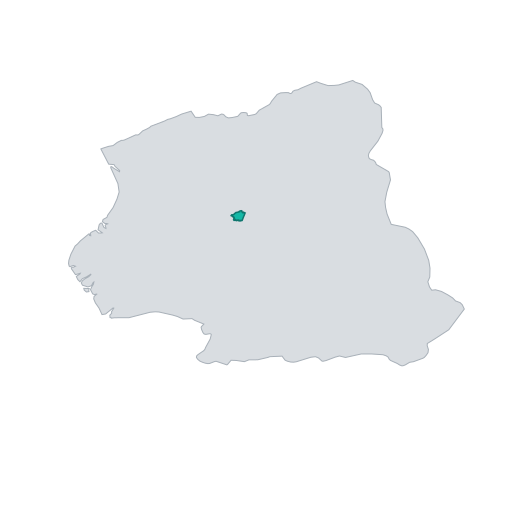 Gwagwalada, Federal Capital Territory, Nigeria (highlighted), rotated 66°
{"feature_id": "59680162B34682847069002", "entity_name": "Gwagwalada", "entity_type": "district", "adm_level": 2, "iso_a3": "NGA", "parent_name": "Nigeria", "parent_adm1": "Federal Capital Territory", "projection": "equal_earth", "projection_center": [7.039, 9.072], "detail": "fine", "context": "in_parent", "style": "filled", "palette": "teal", "viewbox_px": 512, "rotation_deg": 66, "n_neighbors": 0, "source": "geoboundaries", "source_scale": "gbopen_adm2", "svg_char_len": 5745}
<svg xmlns="http://www.w3.org/2000/svg" viewBox="0 0 512 512"><g transform="rotate(66 256 256)"><path d="M389.2,87.3L401.8,109.9L404.5,126.8L405.6,135.1L407.6,136.1L411.5,136.5L414.3,138.2L416.0,141.0L417.1,143.5L417.3,145.1L416.6,155.2L415.6,158.9L416.2,163.8L416.1,166.0L415.7,167.4L414.0,169.1L411.6,170.7L406.1,175.6L404.5,176.3L402.2,176.4L400.2,177.6L397.8,180.2L392.7,189.9L388.3,199.7L385.1,215.5L381.3,220.4L380.6,224.8L380.0,234.6L379.4,237.6L378.8,238.5L374.6,240.3L372.2,242.6L370.8,247.1L369.0,262.3L368.3,264.8L367.0,267.4L364.8,270.2L363.0,271.8L358.1,272.9L353.6,284.3L353.5,286.3L351.5,296.7L348.0,304.6L347.8,309.6L343.4,316.5L341.1,321.2L343.5,326.1L343.6,326.9L336.0,335.2L335.6,336.5L335.3,342.2L334.7,343.8L333.3,345.9L331.2,348.2L329.2,350.0L326.8,351.2L324.5,351.7L323.2,351.0L322.5,349.2L321.2,342.2L320.5,340.7L319.1,339.3L313.2,331.6L309.6,328.8L308.8,329.0L308.2,329.8L307.2,333.7L306.2,335.1L304.4,335.6L301.1,335.6L298.7,335.1L298.2,334.3L297.0,331.3L289.7,338.3L287.2,339.9L283.9,348.3L279.3,352.4L276.2,356.0L267.7,367.4L266.0,370.7L264.3,375.7L260.7,397.1L254.8,410.5L254.0,413.3L253.7,413.2L252.9,414.4L250.6,413.6L249.6,411.1L248.2,410.7L245.8,407.1L245.3,407.7L247.8,416.9L246.9,420.5L239.7,420.6L233.5,421.8L229.2,421.7L227.1,420.4L226.1,417.0L225.8,417.3L225.6,419.2L224.2,420.6L219.4,420.9L217.3,418.5L215.6,415.9L213.8,414.7L214.1,415.8L216.2,418.4L215.9,422.1L212.1,426.4L209.6,426.6L208.1,424.8L207.3,421.8L206.9,417.3L205.9,414.4L205.4,414.4L206.1,419.2L206.1,423.8L207.9,427.3L205.1,428.4L201.7,428.5L201.3,427.2L200.9,424.3L200.3,423.5L199.6,428.5L192.7,429.8L191.7,429.6L191.5,428.7L192.0,427.3L191.9,425.1L190.3,426.8L190.1,430.3L189.2,430.8L186.6,430.3L183.7,428.6L179.0,424.3L173.3,417.2L172.4,414.1L170.7,410.2L167.8,399.6L168.3,399.1L169.6,399.7L170.3,398.7L167.9,398.0L167.4,397.2L167.2,394.8L167.3,392.0L171.0,390.5L171.8,388.7L172.3,387.0L167.8,389.6L163.7,386.6L162.8,384.8L163.2,383.4L168.1,383.3L169.8,381.9L168.7,381.5L166.9,381.5L166.2,380.6L166.3,378.4L165.7,378.9L164.9,380.8L162.1,382.3L160.4,380.8L160.2,377.7L159.9,376.2L158.5,375.1L153.6,366.8L147.4,359.8L141.9,355.0L133.7,352.7L116.3,352.8L115.3,352.1L116.4,351.0L117.9,350.3L123.5,346.4L122.6,345.8L116.8,348.3L114.8,348.5L112.2,353.2L95.1,354.2L95.2,352.1L95.9,345.9L97.0,341.7L95.8,336.5L95.6,331.9L96.3,330.4L96.5,328.7L96.4,316.7L97.3,314.9L97.4,313.7L95.6,308.6L95.6,304.7L95.3,300.9L94.7,299.2L95.5,284.6L95.3,281.0L95.8,278.5L96.2,272.2L96.1,266.1L97.3,256.4L104.6,255.1L106.4,251.3L107.5,246.4L107.1,241.7L109.5,237.5L112.4,233.8L112.3,229.8L113.1,228.5L114.5,227.6L116.4,227.1L118.6,225.1L119.8,221.5L121.0,215.9L119.2,211.9L119.2,211.0L119.9,208.9L121.1,206.8L122.0,206.1L124.1,206.7L124.8,205.8L126.2,199.6L126.1,197.9L124.1,193.7L123.1,182.4L122.5,180.9L121.0,178.9L117.0,171.0L117.0,167.2L118.8,162.4L119.9,160.0L121.5,158.7L121.8,157.6L121.3,156.3L120.5,155.3L120.4,153.1L121.2,150.1L121.0,146.8L121.4,129.8L124.7,126.5L129.6,120.9L132.0,115.1L133.4,110.8L135.0,96.2L137.6,94.6L142.4,89.3L149.0,86.2L153.2,85.3L160.7,85.9L164.5,85.4L167.7,82.5L169.2,81.7L171.2,81.2L189.8,88.8L191.5,88.4L192.9,88.9L195.2,90.9L200.7,98.0L206.5,108.9L208.2,111.2L210.0,112.5L211.9,112.9L213.2,112.8L214.6,111.7L216.4,109.6L219.1,108.7L221.3,108.9L232.9,100.5L234.1,100.4L241.2,102.2L250.9,110.6L258.8,116.1L264.4,117.9L271.0,119.2L282.1,119.6L290.5,107.9L293.6,105.3L297.4,103.0L305.2,100.8L318.2,99.3L330.3,100.0L337.9,102.0L345.9,105.8L349.4,109.5L354.8,110.1L358.7,109.4L359.9,105.7L363.8,101.0L369.6,96.5L374.3,93.4L378.2,92.0L381.6,88.5L384.4,87.4L389.2,87.3ZM219.9,425.6L217.3,426.8L215.5,426.5L217.9,421.6L219.1,422.7L220.6,423.1L219.9,425.6Z" fill="#d9dde1" stroke="#a8b0b8" stroke-width="1"/><path d="M217.6,254.8L217.6,254.7L217.6,254.4L217.7,254.2L217.8,254.1L217.7,254.0L217.7,253.9L217.7,254.0L216.6,252.9L216.4,252.7L215.9,252.2L215.6,251.9L215.1,251.4L214.5,250.8L214.2,250.4L213.6,249.8L212.5,248.7L212.4,249.1L212.1,249.2L211.9,249.1L211.6,249.4L211.6,249.5L211.3,249.7L211.2,249.7L211.2,250.0L211.0,249.9L211.0,249.6L210.9,249.7L210.7,249.8L210.6,250.0L210.8,250.2L210.8,250.4L210.7,250.6L210.4,250.7L210.2,250.8L209.8,250.8L209.7,250.9L209.4,251.0L209.2,251.0L208.9,250.7L208.7,250.9L208.7,251.2L208.6,251.4L208.5,251.6L208.4,251.9L208.4,252.2L208.4,252.3L208.4,252.7L208.4,253.1L208.5,253.3L208.8,253.3L208.7,253.6L208.6,253.8L208.7,254.1L208.7,254.6L208.6,254.8L208.5,255.0L208.4,255.3L208.4,255.5L208.3,255.9L208.3,256.1L208.3,256.3L208.2,256.4L208.1,256.6L208.3,257.2L208.4,257.4L208.4,257.7L208.5,257.9L208.5,258.3L208.7,258.5L208.8,258.7L208.8,259.0L209.0,259.3L209.0,259.5L209.1,259.8L208.9,260.2L208.9,260.3L208.9,260.5L209.0,260.7L208.8,260.8L208.7,261.0L208.5,261.5L208.7,261.8L208.8,261.9L208.9,262.2L209.0,262.3L209.1,262.2L209.1,261.9L209.3,261.9L209.4,261.7L209.5,261.6L209.8,261.6L210.0,261.6L210.3,261.3L210.6,261.1L210.9,261.0L210.9,260.8L211.0,260.7L211.1,260.8L211.2,260.6L211.3,260.5L211.5,260.5L211.8,260.4L212.0,260.3L212.3,260.5L212.3,260.8L212.6,260.9L212.8,260.8L212.9,260.7L213.0,260.7L213.0,260.8L213.0,261.0L213.2,261.3L213.3,261.4L213.4,261.5L213.5,261.4L213.8,261.3L213.9,261.2L214.0,261.1L214.3,261.1L214.5,261.1L214.6,261.3L214.8,260.9L214.8,260.6L214.7,260.5L214.7,260.4L214.8,260.3L214.7,260.0L214.6,259.9L214.8,259.8L214.9,259.7L215.0,259.8L215.2,260.1L215.3,260.0L215.3,259.9L215.2,259.7L215.3,259.6L215.5,259.6L215.6,259.4L215.7,259.2L215.8,259.2L215.8,258.5L215.9,258.4L215.9,258.1L216.0,258.1L216.3,257.9L216.2,257.8L215.9,257.6L216.2,257.2L216.4,257.2L216.5,257.0L216.6,256.9L216.8,256.7L217.0,256.3L217.3,256.6L217.4,256.4L217.5,256.2L217.6,255.8L217.4,255.2L217.5,254.9L217.5,255.0L217.6,254.9L217.6,254.8Z" fill="#14b8a6" stroke="#0f766e" stroke-width="1.5"/></g></svg>